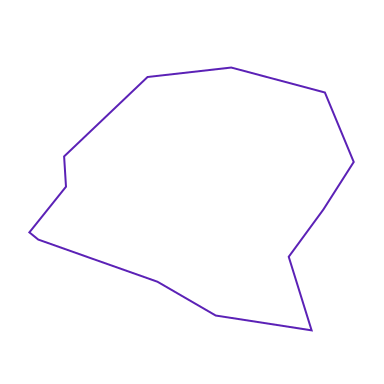 an SVG outline of Trafford, rotated 5°
{"feature_id": "GBR-5685", "entity_name": "Trafford", "entity_type": "Metropolitan Borough", "adm_level": 1, "iso_a3": "GBR", "parent_name": "United Kingdom", "parent_adm1": "", "projection": "robinson", "projection_center": [-2.382, 53.409], "detail": "fine", "context": "isolated", "style": "outline", "palette": "violet", "viewbox_px": 384, "rotation_deg": 5, "n_neighbors": 0, "source": "natural_earth", "source_scale": "10m", "svg_char_len": 335}
<svg xmlns="http://www.w3.org/2000/svg" viewBox="0 0 384 384"><g transform="rotate(5 192 192)"><path d="M220.2,64.6L315.7,81.3L350.5,148.0L324.4,198.0L294.0,248.1L323.2,319.4L226.4,313.0L165.4,284.4L97.5,266.9L43.0,252.8L33.5,246.4L66.0,197.7L61.5,167.7L137.7,81.3L220.2,64.6Z" fill="none" stroke="#5b21b6" stroke-width="2"/></g></svg>